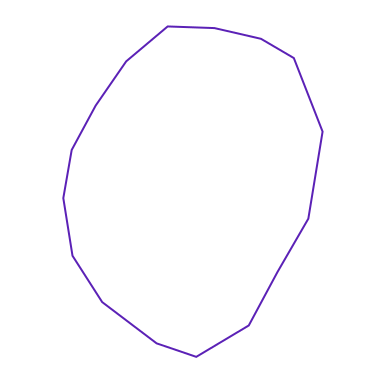 the district of Tshumbe, Kasaï-Oriental, Democratic Republic of the Congo, rotated 182°
{"feature_id": "63176286B80144027802447", "entity_name": "Tshumbe", "entity_type": "district", "adm_level": 2, "iso_a3": "COD", "parent_name": "Democratic Republic of the Congo", "parent_adm1": "Kasaï-Oriental", "projection": "equal_earth", "projection_center": [22.697, -4.045], "detail": "fine", "context": "isolated", "style": "outline", "palette": "violet", "viewbox_px": 384, "rotation_deg": 182, "n_neighbors": 0, "source": "geoboundaries", "source_scale": "gbopen_adm2", "svg_char_len": 363}
<svg xmlns="http://www.w3.org/2000/svg" viewBox="0 0 384 384"><g transform="rotate(182 192 192)"><path d="M128.4,347.5L175.3,356.6L222.1,356.6L262.3,320.3L291.3,275.0L313.7,229.8L320.4,181.4L309.2,124.1L277.9,78.8L222.1,39.5L182.0,27.4L130.6,60.6L103.8,115.0L74.8,169.4L63.6,256.9L94.9,329.4L128.4,347.5Z" fill="none" stroke="#5b21b6" stroke-width="2"/></g></svg>